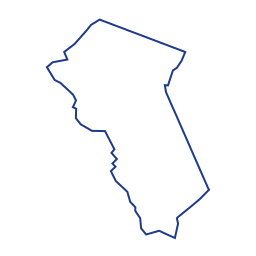 the district of Fauquier, Virginia, United States of America, rotated 5°
{"feature_id": "52423323B4904973156083", "entity_name": "Fauquier", "entity_type": "district", "adm_level": 2, "iso_a3": "USA", "parent_name": "United States of America", "parent_adm1": "Virginia", "projection": "robinson", "projection_center": [-77.825, 38.712], "detail": "fine", "context": "isolated", "style": "outline", "palette": "blue", "viewbox_px": 256, "rotation_deg": 5, "n_neighbors": 0, "source": "geoboundaries", "source_scale": "gbopen_adm2", "svg_char_len": 787}
<svg xmlns="http://www.w3.org/2000/svg" viewBox="0 0 256 256"><g transform="rotate(5 128 128)"><path d="M97.9,133.6L105.4,133.1L116.3,150.4L113.7,154.2L119.6,159.9L115.6,164.7L118.9,167.7L114.7,172.4L120.5,181.9L132.9,191.6L136.7,201.4L142.2,206.3L142.5,210.0L148.0,216.8L149.8,226.8L155.4,232.5L167.9,227.7L184.3,233.5L186.2,219.0L184.6,213.7L185.1,212.8L197.6,200.7L205.6,192.7L214.1,182.4L212.9,180.7L200.2,157.5L187.1,133.5L174.3,110.0L171.4,104.8L171.3,104.7L162.7,88.9L161.0,82.1L164.1,82.1L167.7,66.8L171.4,63.8L175.5,56.4L178.4,47.3L90.3,22.5L82.2,28.5L78.2,34.5L67.5,48.9L57.8,57.8L61.6,65.1L47.2,69.1L41.9,74.5L50.8,86.6L56.8,89.0L70.3,99.5L73.8,105.0L71.3,112.1L74.7,113.3L75.2,122.7L80.6,128.5L92.4,134.0L97.9,133.6Z" fill="none" stroke="#1e3a8a" stroke-width="2"/></g></svg>